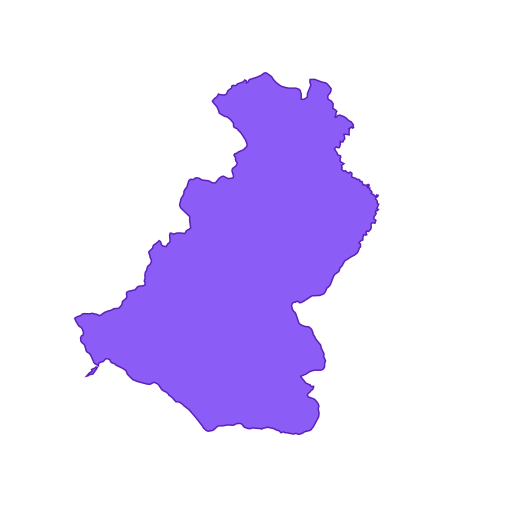 Campina Verde, Minas Gerais, Brazil (Robinson projection), rotated 298°
{"feature_id": "56859067B98785698808341", "entity_name": "Campina Verde", "entity_type": "district", "adm_level": 2, "iso_a3": "BRA", "parent_name": "Brazil", "parent_adm1": "Minas Gerais", "projection": "robinson", "projection_center": [-49.784, -19.485], "detail": "fine", "context": "isolated", "style": "filled", "palette": "violet", "viewbox_px": 512, "rotation_deg": 298, "n_neighbors": 0, "source": "geoboundaries", "source_scale": "gbopen_adm2", "svg_char_len": 6098}
<svg xmlns="http://www.w3.org/2000/svg" viewBox="0 0 512 512"><g transform="rotate(298 256 256)"><path d="M291.0,161.3L284.5,162.6L281.3,162.0L279.1,162.1L277.2,163.0L275.6,163.2L271.5,162.9L265.4,164.5L263.9,165.8L263.0,167.3L259.8,178.6L258.7,179.7L257.1,180.1L250.2,185.1L248.0,184.3L246.7,183.2L245.1,182.6L243.6,182.8L242.3,182.3L241.3,179.5L239.3,175.6L236.4,172.6L236.5,170.9L236.0,169.6L234.3,169.7L228.7,173.2L227.4,173.3L225.6,172.5L222.1,172.2L221.1,169.1L221.5,167.3L223.9,164.9L224.1,163.3L221.0,162.3L217.3,160.4L214.2,161.0L209.7,159.4L208.6,159.8L206.4,162.2L205.3,162.9L203.2,165.6L201.8,166.3L199.0,166.4L196.0,165.2L191.8,166.1L189.8,165.9L186.7,167.0L184.2,168.6L182.4,168.8L181.1,169.4L180.1,170.9L178.1,171.4L176.7,170.3L174.3,166.7L172.8,165.8L169.3,165.1L164.8,159.8L163.4,159.0L162.2,159.1L159.3,161.2L157.8,161.3L153.2,159.4L150.5,160.4L147.9,160.1L145.3,159.2L142.7,155.2L140.0,153.5L138.0,151.2L135.0,148.7L131.1,146.8L129.8,145.6L129.9,143.7L128.8,139.4L128.4,138.1L126.7,136.1L124.5,131.4L123.2,129.9L121.2,129.3L118.3,126.5L115.9,125.2L114.1,127.3L111.3,131.9L110.8,133.3L111.0,134.8L110.1,136.7L107.4,139.7L104.9,140.4L103.4,139.4L101.4,139.5L98.7,141.3L97.9,142.6L97.2,145.8L96.6,146.8L92.5,150.6L91.8,152.3L91.8,154.4L91.0,156.4L85.8,163.0L85.3,164.3L85.2,168.4L87.2,167.4L89.0,168.4L91.1,170.6L94.7,171.6L95.7,173.5L95.8,175.7L94.7,176.8L94.0,178.4L94.5,182.1L93.9,183.6L94.2,190.6L93.8,195.0L91.3,197.8L89.0,205.2L89.5,210.1L91.8,220.0L93.0,222.7L96.3,224.9L96.8,226.2L96.8,229.9L93.8,235.5L93.5,238.4L93.7,240.1L93.4,241.9L93.0,243.5L92.1,244.7L92.2,246.2L91.4,249.2L89.7,253.6L90.9,256.4L90.9,258.0L90.7,260.5L90.0,262.5L88.9,268.9L85.1,278.8L80.7,288.5L79.5,290.4L78.6,293.9L78.8,295.9L81.0,298.9L82.5,300.2L87.2,301.9L88.4,302.7L90.7,306.7L93.6,310.4L95.6,314.8L96.4,315.9L98.7,317.4L100.3,319.7L100.8,321.0L100.9,322.8L99.8,324.7L99.4,326.4L99.9,329.9L100.7,331.8L102.7,333.9L105.7,341.0L105.9,342.4L107.1,342.9L109.1,345.4L110.1,346.2L111.9,352.6L112.0,356.5L112.6,358.4L111.7,361.1L113.0,362.1L113.7,363.3L113.6,364.8L114.4,366.0L116.1,371.8L116.7,373.2L118.1,374.3L118.5,377.3L119.4,378.4L121.2,380.1L123.6,381.4L127.4,385.6L128.4,386.1L132.5,386.8L142.2,386.8L143.4,386.8L146.6,385.6L150.3,382.7L153.0,382.0L154.2,380.9L155.7,378.5L157.0,374.9L156.2,368.2L157.1,366.8L158.3,366.5L159.6,366.8L161.9,367.7L163.2,367.7L164.5,368.6L166.6,368.6L168.0,368.0L167.1,366.8L166.7,365.6L167.6,364.6L167.2,359.8L170.0,353.1L170.8,352.0L175.3,355.6L178.8,357.5L180.8,359.2L182.7,361.4L185.7,366.9L187.1,368.2L188.6,368.6L190.3,368.6L193.2,367.1L196.1,366.6L199.3,362.7L201.0,362.3L202.0,361.4L205.4,356.8L207.8,354.8L211.0,347.2L212.3,345.8L213.8,343.1L214.9,342.4L217.1,339.9L217.8,338.3L218.2,335.7L216.9,332.7L216.4,329.7L216.5,326.4L217.2,325.1L223.8,318.1L224.6,316.6L224.8,315.1L226.3,313.0L228.9,310.7L230.9,310.3L232.7,310.9L233.7,312.5L234.9,313.1L235.6,314.3L235.2,316.5L236.1,317.7L238.4,319.3L247.2,324.2L251.1,330.8L254.4,333.6L256.8,334.0L261.4,333.7L262.6,334.5L265.4,335.1L275.1,334.0L276.7,334.2L281.0,336.3L282.8,336.3L284.4,335.7L287.9,336.6L293.2,336.6L300.3,340.6L303.1,342.6L305.8,343.8L308.3,344.0L311.7,343.5L313.1,344.0L315.7,342.6L315.8,340.8L317.3,340.8L319.0,341.7L320.3,342.8L322.6,341.6L325.5,341.2L325.7,342.6L326.7,343.8L328.8,341.9L330.0,342.1L330.5,343.9L333.6,344.7L335.4,344.3L338.0,342.6L339.7,342.8L340.4,344.1L340.7,345.6L343.8,345.1L344.1,342.6L345.6,341.8L349.9,342.2L350.8,340.9L351.9,340.5L353.0,341.9L354.6,342.2L354.2,340.4L359.3,340.0L359.5,338.1L361.0,337.6L361.9,336.4L362.4,334.7L363.8,334.5L365.6,335.5L366.9,335.4L366.6,333.9L365.0,333.7L364.5,332.5L365.5,331.1L365.2,329.5L365.5,328.2L366.8,328.4L367.6,327.0L367.8,325.2L369.5,324.6L368.8,322.8L369.4,321.6L370.5,322.9L371.8,322.7L371.9,321.4L370.5,320.6L369.1,317.1L371.5,314.6L370.7,312.9L371.8,312.0L371.8,310.2L370.9,309.2L371.4,307.9L370.7,303.7L371.8,302.7L373.3,302.4L374.3,301.4L374.3,299.6L372.8,299.1L372.6,297.4L373.3,294.8L372.0,293.7L372.8,290.7L374.5,290.5L376.0,289.0L378.8,290.3L379.0,286.0L381.8,284.4L383.2,284.4L384.1,283.5L383.7,280.6L384.8,279.5L387.4,275.1L388.6,275.2L390.1,275.8L390.0,277.5L390.9,278.7L394.0,278.2L396.8,276.6L396.8,278.2L397.8,279.3L399.3,278.7L400.4,279.5L402.0,278.8L404.6,276.5L405.6,278.1L406.7,281.4L409.7,279.6L411.1,279.3L412.1,278.2L413.1,279.1L414.7,279.8L414.2,281.1L415.2,281.9L416.2,280.8L417.5,280.4L419.1,277.3L419.1,274.3L420.2,270.4L420.3,267.8L419.7,263.7L418.4,262.3L416.4,261.8L415.7,260.8L416.8,260.3L418.2,260.3L420.1,259.3L421.6,259.5L422.2,258.1L422.5,254.5L426.6,252.7L428.1,249.9L428.3,246.2L429.6,244.9L431.6,244.2L434.9,244.9L436.8,244.7L439.0,243.8L439.6,242.5L441.3,238.3L441.6,236.3L440.5,232.5L439.5,224.8L437.2,220.8L434.6,222.1L432.5,224.3L424.1,225.1L422.7,225.4L421.6,226.3L419.9,226.5L416.9,224.8L415.6,222.3L420.4,219.8L422.9,217.2L423.4,215.6L422.9,212.3L419.6,206.1L418.7,203.2L417.7,198.5L418.5,192.7L420.3,187.8L421.3,186.4L421.9,184.5L422.5,179.2L421.5,177.4L417.9,175.7L413.9,172.5L408.8,167.5L407.5,167.1L405.9,167.3L404.4,166.3L406.2,165.0L406.1,163.4L404.4,163.2L402.8,162.2L399.3,158.8L397.4,158.5L396.3,157.0L396.0,155.7L394.7,154.8L392.9,155.6L388.9,153.6L385.6,153.8L384.1,153.4L383.0,152.0L381.7,148.7L381.3,146.8L378.2,146.8L376.0,145.6L372.3,144.7L371.6,145.8L369.5,151.2L367.7,153.8L364.9,156.6L364.6,160.7L364.7,163.4L365.3,165.2L364.5,169.3L363.2,172.7L362.2,174.2L361.1,174.5L359.6,175.7L359.3,177.3L359.6,179.0L357.4,185.4L353.8,191.9L350.7,195.5L349.4,196.2L347.7,196.3L343.7,194.9L339.8,191.7L337.2,190.4L336.4,189.3L334.7,189.2L333.0,192.0L331.6,192.6L330.4,193.7L329.7,195.3L328.8,196.0L326.1,196.0L322.7,194.4L321.1,194.3L319.7,195.0L316.0,198.7L314.0,199.0L311.2,194.9L311.2,189.8L309.8,188.2L307.0,186.9L301.7,185.9L300.7,184.5L300.0,182.3L300.3,180.6L300.1,178.7L297.7,172.5L298.0,169.3L297.4,167.5L296.4,165.7L294.7,165.2L293.7,164.1L293.0,162.1L291.0,161.3ZM83.3,168.2L82.9,166.8L81.4,166.3L78.6,164.1L77.7,165.4L74.3,163.7L70.4,162.8L71.6,164.1L73.1,164.8L75.2,167.4L81.2,168.2L83.3,168.2Z" fill="#8b5cf6" stroke="#5b21b6" stroke-width="1.5"/></g></svg>